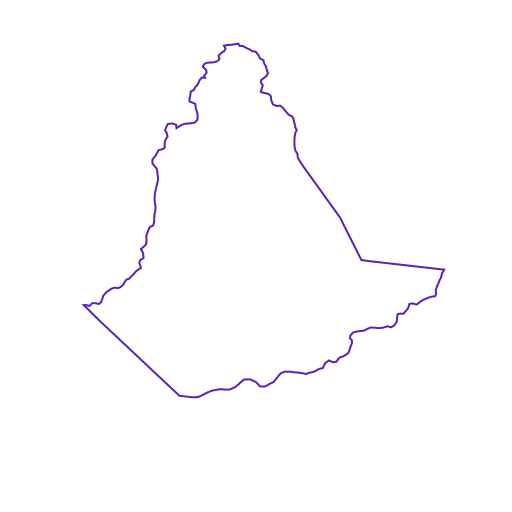 Hidrolândia, Ceará, Brazil, rotated 220°
{"feature_id": "56859067B78038881550930", "entity_name": "Hidrolândia", "entity_type": "district", "adm_level": 2, "iso_a3": "BRA", "parent_name": "Brazil", "parent_adm1": "Ceará", "projection": "mercator", "projection_center": [-40.387, -4.435], "detail": "fine", "context": "isolated", "style": "outline", "palette": "violet", "viewbox_px": 512, "rotation_deg": 220, "n_neighbors": 0, "source": "geoboundaries", "source_scale": "gbopen_adm2", "svg_char_len": 3132}
<svg xmlns="http://www.w3.org/2000/svg" viewBox="0 0 512 512"><g transform="rotate(220 256 256)"><path d="M400.5,290.5L400.1,286.8L398.2,283.2L395.8,280.9L395.9,278.3L398.7,274.4L397.4,268.4L397.4,263.4L394.7,260.2L388.1,259.1L385.0,256.4L380.1,251.6L374.2,239.9L370.9,235.0L367.3,231.4L364.0,228.5L361.8,225.2L360.1,222.0L358.1,219.4L355.6,216.0L354.4,213.1L356.0,210.1L354.7,205.3L353.1,201.2L350.4,198.1L347.9,195.0L347.8,192.3L348.6,187.3L344.4,185.6L340.8,182.2L342.0,178.6L341.2,175.9L338.8,174.4L336.6,173.0L337.3,170.2L338.1,167.1L338.1,163.3L338.4,160.3L338.6,157.1L340.1,154.8L339.8,151.1L339.2,147.9L339.9,144.8L341.2,142.6L344.0,140.8L345.7,138.1L346.4,135.6L347.3,132.0L347.5,127.6L346.2,124.4L345.0,121.1L345.5,118.2L348.5,116.7L351.1,114.6L351.4,110.7L354.3,109.4L356.3,107.7L333.5,105.8L224.8,99.7L213.9,106.9L210.3,110.1L208.8,112.4L205.3,120.6L203.0,124.7L199.8,128.7L197.7,131.1L193.8,133.8L190.3,136.8L189.0,139.5L187.7,142.2L187.0,145.7L186.7,148.6L185.8,153.6L181.4,157.6L177.2,158.9L174.3,159.4L169.0,158.7L165.4,161.6L164.1,164.4L163.4,166.9L161.6,170.3L161.6,175.0L161.7,179.1L161.6,182.2L159.8,185.6L157.0,188.1L154.7,189.9L152.2,191.3L148.9,193.7L144.7,196.3L141.7,197.8L140.6,200.2L138.6,202.6L136.6,205.8L135.2,209.8L132.8,213.3L134.1,218.0L133.1,222.8L128.7,224.1L126.4,226.9L126.9,230.0L126.3,232.9L124.7,235.0L123.9,237.6L122.9,240.8L123.9,243.8L125.1,246.8L126.5,250.9L128.5,253.2L131.2,253.4L132.6,255.8L132.5,259.6L130.5,262.7L127.4,266.0L124.9,268.9L123.9,271.8L122.3,274.7L120.0,276.7L116.5,278.9L113.3,281.9L111.6,284.2L110.1,286.7L106.7,288.2L105.4,292.1L106.0,296.3L108.2,299.3L110.1,302.6L108.4,304.6L105.9,306.7L105.9,309.7L105.9,313.8L107.7,317.9L105.9,320.1L101.7,322.1L100.7,327.1L99.2,330.9L97.2,334.8L95.1,338.0L93.0,340.2L93.6,342.7L96.1,345.0L97.8,348.8L98.5,351.7L99.6,354.8L100.3,358.1L102.3,362.4L103.1,366.5L165.7,325.0L172.6,320.7L175.6,321.9L210.4,336.9L215.8,339.3L218.4,340.0L275.4,354.5L280.7,356.0L287.1,358.1L290.0,361.0L293.5,362.0L297.0,364.8L299.6,367.7L301.8,370.4L303.5,373.0L305.0,375.8L305.8,378.6L308.3,379.7L310.5,381.5L313.7,383.7L315.7,385.4L318.3,386.1L321.2,385.2L324.8,385.7L328.3,386.3L330.9,386.8L334.2,386.7L336.2,384.4L340.4,383.0L344.6,385.2L347.2,387.9L350.0,388.3L352.8,387.2L355.1,385.8L357.8,384.8L359.2,387.8L360.6,391.2L363.7,392.0L365.1,394.1L364.5,397.1L363.7,400.4L364.3,403.8L366.9,405.2L370.2,407.6L373.9,408.9L376.0,410.7L379.8,409.9L383.4,411.5L387.7,412.3L390.5,410.4L393.8,410.1L397.5,409.0L401.2,408.4L403.5,406.5L406.1,407.3L410.6,402.0L413.5,399.3L415.8,396.5L412.7,395.4L412.0,392.6L413.0,389.9L413.5,385.4L410.6,383.4L410.8,380.3L413.0,377.1L417.4,372.9L419.0,370.2L418.4,366.7L413.8,366.5L411.6,364.6L411.7,361.0L409.6,359.6L412.2,358.1L412.3,355.0L411.0,350.1L411.0,346.1L410.4,342.9L411.7,340.1L409.3,336.3L407.9,333.4L406.1,331.6L403.0,332.7L400.3,333.5L396.9,330.3L393.8,328.5L390.7,325.8L388.4,322.5L388.6,319.1L390.4,316.7L392.7,314.3L395.0,312.1L397.0,309.2L398.0,306.4L399.1,302.9L401.6,305.1L405.3,303.7L408.4,300.5L407.5,296.7L406.4,293.8L403.6,292.9L400.5,290.5Z" fill="none" stroke="#5b21b6" stroke-width="2"/></g></svg>